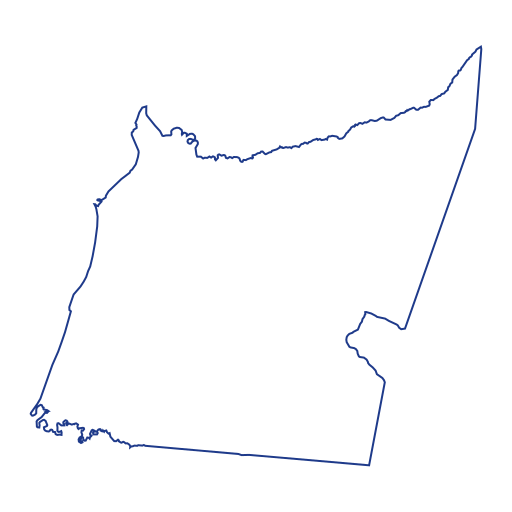 Kowanyama, Queensland, Australia (Mercator projection)
{"feature_id": "25037944B1656499074776", "entity_name": "Kowanyama", "entity_type": "district", "adm_level": 2, "iso_a3": "AUS", "parent_name": "Australia", "parent_adm1": "Queensland", "projection": "mercator", "projection_center": [141.794, -15.277], "detail": "fine", "context": "isolated", "style": "outline", "palette": "blue", "viewbox_px": 512, "rotation_deg": 0, "n_neighbors": 0, "source": "geoboundaries", "source_scale": "gbopen_adm2", "svg_char_len": 5933}
<svg xmlns="http://www.w3.org/2000/svg" viewBox="0 0 512 512"><path d="M405.0,328.6L475.1,128.9L481.3,49.2L480.9,46.7L476.5,49.5L475.4,51.7L472.1,54.5L471.9,55.6L470.9,56.8L470.1,57.1L469.0,58.2L468.8,59.0L467.1,60.2L462.4,67.0L461.5,67.9L460.7,70.0L460.1,70.5L458.9,70.5L458.3,71.2L458.1,73.2L456.9,75.1L454.7,76.7L452.5,79.5L452.2,82.5L450.5,83.7L449.3,86.4L448.2,87.2L447.8,89.9L445.3,91.8L444.2,93.4L441.6,94.1L440.2,95.9L438.7,96.2L437.0,97.6L434.4,99.0L433.4,100.1L430.8,100.0L429.3,101.7L429.7,104.2L429.2,105.6L425.7,106.9L424.0,106.8L422.0,107.7L420.6,107.6L418.0,109.8L416.2,109.7L414.1,107.8L413.3,107.7L410.2,109.2L409.5,109.2L408.3,110.3L407.7,110.5L407.2,110.1L406.6,111.1L405.7,111.1L405.1,112.2L403.9,112.8L400.7,113.1L398.3,115.2L396.1,115.8L394.4,117.9L390.6,119.9L385.5,119.5L383.8,117.6L383.1,117.4L380.8,118.1L376.8,120.7L374.8,121.0L371.7,120.2L370.2,120.2L368.7,121.5L366.5,122.6L364.7,122.3L362.4,123.8L360.4,123.0L359.1,123.2L357.3,125.1L355.5,124.5L355.1,124.8L355.1,125.9L354.2,126.7L353.3,126.2L351.2,127.5L350.1,129.5L348.3,131.2L348.2,131.8L346.3,133.3L344.5,136.5L342.3,138.4L339.3,138.9L337.8,137.8L337.7,137.1L336.6,136.5L332.2,135.8L330.4,136.4L328.7,136.4L327.6,137.7L327.1,139.6L325.7,139.0L324.6,139.6L321.5,140.1L319.9,139.0L317.9,139.9L317.4,139.0L316.6,138.8L315.9,139.3L313.2,140.0L310.5,141.8L309.1,142.0L307.7,143.5L307.0,143.5L306.0,142.8L304.6,142.6L303.0,143.9L301.9,143.9L300.9,144.5L299.0,147.0L295.5,146.1L292.7,146.7L291.4,148.1L289.9,147.2L287.8,147.6L286.0,147.1L283.3,148.0L282.2,147.8L281.8,147.1L280.7,147.3L280.0,146.5L279.3,147.8L276.7,149.4L272.0,150.8L271.2,152.1L269.4,152.4L265.8,154.2L264.8,153.8L262.6,151.5L261.1,151.6L260.0,152.9L257.6,153.3L255.4,154.8L252.6,155.3L252.4,156.3L253.0,157.3L252.6,158.3L252.2,158.5L250.8,158.0L247.3,159.2L245.9,160.1L243.5,159.9L242.5,161.8L241.3,161.8L240.2,160.7L239.5,158.5L238.6,157.7L237.0,157.1L233.8,157.0L232.2,158.1L231.0,157.3L229.6,157.0L227.5,158.4L225.9,157.8L225.4,156.0L224.7,155.2L223.6,155.0L221.5,155.7L219.3,154.4L218.4,154.6L217.7,155.3L218.0,157.9L215.8,160.3L215.0,159.4L214.9,157.4L213.5,156.5L212.8,156.4L211.1,157.6L209.4,156.5L207.3,157.9L204.8,157.7L203.1,158.5L200.9,156.7L197.2,156.7L196.4,154.6L195.5,148.0L197.8,144.1L197.9,142.8L197.4,141.4L196.4,140.6L194.1,140.6L192.4,141.6L190.7,143.6L189.6,143.7L188.3,143.1L187.5,141.7L187.8,140.1L189.1,139.0L190.7,138.9L193.3,139.9L194.6,139.4L195.1,138.6L195.1,136.8L194.9,136.0L193.2,134.2L192.0,133.7L189.9,133.9L186.8,135.9L186.8,133.7L184.7,132.7L183.7,132.9L182.0,134.7L181.8,134.0L182.2,131.9L181.6,129.9L179.1,128.0L176.9,127.7L173.7,128.7L171.7,130.4L171.2,131.4L171.4,134.4L170.7,135.3L166.0,135.4L163.6,136.0L162.4,135.8L160.1,131.2L155.0,125.6L146.8,115.4L146.2,113.3L146.3,106.4L142.3,107.6L139.3,112.5L137.2,118.9L135.4,122.9L136.5,124.6L136.2,125.4L136.7,126.6L136.6,128.0L133.6,129.8L133.2,131.4L131.8,132.5L131.7,134.9L138.5,150.8L138.7,152.5L138.0,156.9L135.8,164.3L132.1,169.6L130.5,170.7L129.7,172.7L121.3,179.1L108.5,191.4L105.9,195.7L105.7,197.5L101.6,200.1L99.2,199.2L97.6,199.5L97.3,200.0L97.7,200.4L101.2,201.2L101.5,201.6L98.6,204.8L98.1,206.1L96.5,205.7L95.3,204.3L94.4,204.2L95.7,206.8L96.4,209.3L97.6,216.4L97.2,226.5L95.1,242.6L92.6,256.3L90.2,266.5L88.1,271.1L86.2,277.0L83.7,281.6L80.5,286.5L73.7,294.4L73.3,295.4L69.3,307.1L69.4,310.0L70.9,311.3L65.0,332.2L61.6,342.1L58.2,351.6L52.4,364.8L40.4,398.7L37.2,404.1L31.0,412.8L30.7,413.8L31.9,415.5L32.8,415.7L34.9,414.7L36.2,413.4L36.3,409.3L36.9,407.6L38.1,406.3L40.6,404.8L41.8,405.2L42.8,407.3L43.6,407.6L43.4,409.0L43.8,409.5L47.1,410.1L48.5,411.1L47.0,411.5L48.0,411.8L47.0,412.9L45.0,412.8L41.6,417.1L37.5,420.1L36.6,421.4L36.9,426.6L37.5,427.3L39.3,427.5L39.6,425.5L39.3,422.9L39.8,422.1L43.0,420.0L44.0,419.8L45.6,420.9L47.3,425.1L46.9,426.0L43.9,427.3L44.2,429.4L45.1,430.5L46.5,431.2L48.8,431.5L49.7,430.9L50.4,429.8L51.4,429.6L52.2,429.9L53.1,431.9L55.0,432.0L55.7,434.2L57.2,434.9L59.7,434.6L61.5,434.9L61.6,432.4L61.2,431.1L59.7,431.8L58.4,431.9L57.4,430.9L57.5,427.4L57.1,424.9L57.5,423.4L58.6,423.2L61.3,425.4L64.1,425.4L63.9,424.8L64.2,424.0L63.4,423.3L63.3,422.5L63.5,421.9L65.4,420.3L66.6,420.6L67.4,421.5L67.3,422.3L66.2,423.0L66.5,424.9L67.0,425.2L68.7,423.4L71.8,424.6L73.6,424.0L74.4,424.2L75.0,423.6L76.2,423.4L78.0,424.6L77.4,426.6L77.9,428.4L78.6,429.0L79.2,428.3L83.0,427.8L83.9,428.2L84.1,429.1L83.0,430.6L81.7,430.4L81.4,432.4L82.2,434.5L82.1,435.4L81.8,436.2L79.6,437.5L78.6,439.4L78.9,441.6L81.0,443.0L82.5,442.3L82.3,441.3L80.4,441.2L80.2,440.4L80.9,439.2L81.2,437.2L81.8,436.8L83.1,437.5L83.3,439.6L84.7,440.7L85.7,440.6L87.3,437.5L88.8,437.8L89.6,438.6L90.0,437.2L91.3,436.1L91.5,435.6L90.2,434.9L90.0,433.9L91.7,430.3L92.6,429.8L94.9,430.9L95.1,431.6L93.4,431.8L93.0,432.7L93.4,434.4L97.0,434.4L97.7,433.2L97.6,432.6L96.8,431.8L97.1,431.0L98.5,429.5L99.9,429.1L100.3,429.2L100.5,430.5L101.7,431.1L101.9,430.7L102.6,431.3L103.1,431.3L103.2,430.7L104.1,431.7L104.4,431.0L106.3,430.5L107.0,432.2L108.4,433.5L108.7,433.7L109.6,433.2L110.4,436.7L114.2,441.1L116.1,441.2L118.0,439.7L118.8,440.4L118.9,441.3L121.0,442.6L121.5,442.7L123.2,441.8L124.2,442.2L125.6,443.4L127.4,443.3L129.4,444.7L130.3,446.3L130.2,447.3L131.3,446.4L132.7,446.3L134.4,445.6L137.3,445.8L138.2,445.2L142.3,445.6L143.8,445.0L145.3,445.8L238.5,454.0L241.5,455.1L249.1,454.9L369.1,465.3L384.8,382.3L384.0,380.2L382.4,378.0L376.9,374.2L375.6,370.6L372.7,367.4L369.3,364.6L368.1,363.0L367.9,361.9L366.6,359.6L363.9,357.6L359.8,357.0L358.9,356.4L357.7,353.7L357.3,351.0L355.9,349.1L354.2,348.1L350.5,347.4L349.4,346.8L346.7,342.2L346.3,339.8L346.7,337.2L347.6,335.6L349.3,333.9L352.6,332.7L353.3,331.9L357.9,329.6L360.2,323.9L361.9,321.7L362.5,319.1L364.3,316.6L364.7,315.0L365.3,314.4L365.2,312.1L366.1,312.0L371.3,313.5L375.6,315.8L377.1,316.9L385.1,318.6L388.9,320.9L396.6,324.5L397.8,325.4L399.2,327.8L401.2,329.2L405.0,328.6Z" fill="none" stroke="#1e3a8a" stroke-width="2"/></svg>